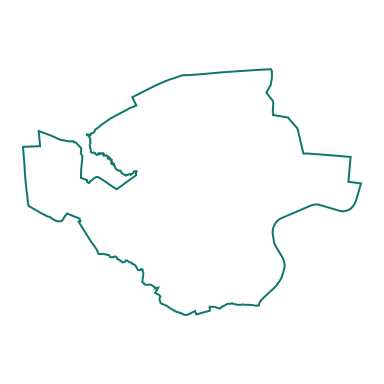 Gradina, Constanta, Romania (Mercator projection)
{"feature_id": "2599482B78123686212908", "entity_name": "Gradina", "entity_type": "district", "adm_level": 2, "iso_a3": "ROU", "parent_name": "Romania", "parent_adm1": "Constanta", "projection": "mercator", "projection_center": [28.433, 44.528], "detail": "fine", "context": "isolated", "style": "outline", "palette": "teal", "viewbox_px": 384, "rotation_deg": 0, "n_neighbors": 0, "source": "geoboundaries", "source_scale": "gbopen_adm2", "svg_char_len": 5908}
<svg xmlns="http://www.w3.org/2000/svg" viewBox="0 0 384 384"><path d="M165.9,81.0L165.2,81.2L155.3,85.6L132.3,97.2L132.3,97.3L136.3,105.4L131.7,107.5L130.2,107.7L128.0,109.2L119.7,113.5L119.4,113.7L110.6,118.4L100.3,125.6L98.2,127.6L96.4,128.8L95.3,129.5L94.5,131.4L94.1,132.2L90.4,134.0L90.6,135.0L90.2,135.5L89.3,135.3L88.8,134.8L87.7,134.5L87.4,134.6L87.0,134.4L86.8,134.7L87.3,135.2L88.5,135.7L88.7,136.2L89.3,136.8L89.5,137.5L90.4,139.1L90.4,139.7L90.1,140.7L90.0,141.5L90.6,142.5L90.6,143.1L89.8,144.3L89.8,146.1L90.2,148.1L90.5,148.5L90.5,149.0L90.9,149.9L90.9,150.8L90.7,151.6L90.9,152.0L91.3,152.4L92.3,152.8L94.2,152.5L95.2,153.2L95.2,153.3L95.2,153.9L95.3,154.0L96.1,154.3L96.7,154.8L96.9,154.9L97.2,154.8L97.7,154.4L97.8,154.3L98.1,154.6L98.4,154.5L98.5,154.2L98.1,153.8L98.1,153.6L98.4,153.3L98.8,153.2L99.2,153.3L99.4,153.5L99.6,154.1L100.0,153.9L100.5,153.1L100.9,153.1L101.2,153.5L101.8,153.8L102.1,153.9L103.1,153.1L103.5,153.3L103.9,154.1L103.9,154.7L103.8,155.0L103.5,155.3L103.5,155.6L103.9,155.8L104.4,155.8L104.5,155.7L104.5,155.4L104.8,155.6L105.5,155.6L106.7,155.3L107.4,156.3L108.3,156.6L108.6,156.7L108.9,157.1L108.9,157.4L108.6,157.8L107.7,157.8L107.7,158.0L108.0,158.6L108.5,158.7L108.9,158.5L109.2,158.4L109.3,158.1L109.7,157.9L109.9,158.0L110.0,158.3L110.0,158.9L109.6,159.4L109.8,159.6L110.8,159.9L111.3,159.6L111.6,159.6L111.7,160.2L111.4,160.7L111.3,161.1L111.3,161.3L112.5,162.4L112.7,162.7L112.5,162.9L112.1,163.1L111.3,163.0L111.2,163.1L111.3,163.4L111.9,164.2L112.4,164.2L113.6,163.8L113.8,163.8L114.1,164.0L114.2,164.3L114.1,164.7L113.8,165.2L113.9,165.5L114.6,166.1L115.0,166.5L115.1,167.4L115.7,168.7L116.1,168.9L116.9,169.6L118.5,170.6L119.2,170.8L119.6,170.6L120.0,170.6L120.2,171.0L120.8,171.1L121.0,171.3L120.9,171.8L121.0,172.1L122.6,173.9L123.4,174.0L124.1,174.6L125.1,174.9L125.3,175.2L125.3,175.4L125.4,175.5L125.6,175.6L125.9,175.5L126.2,175.0L126.7,175.1L127.1,174.8L127.7,174.9L128.3,174.4L128.8,174.5L129.2,174.4L129.8,174.0L130.1,174.0L130.7,174.8L131.2,174.2L131.4,174.0L131.8,174.0L133.7,172.6L133.7,172.3L133.6,172.1L133.7,171.7L134.3,171.3L134.6,171.3L135.4,171.6L135.6,171.3L136.2,170.9L136.4,171.0L136.5,171.2L136.6,171.7L136.6,171.9L136.4,172.1L136.0,173.2L136.0,175.3L116.6,189.3L110.8,185.4L108.9,184.3L107.0,182.7L103.5,180.4L98.6,177.3L97.8,176.9L95.9,177.2L94.5,178.0L90.6,181.1L89.8,181.4L89.9,182.0L89.0,183.0L88.7,183.0L87.2,181.9L86.9,180.8L87.0,180.1L81.0,177.9L81.0,177.4L81.2,168.9L82.4,157.7L82.4,156.7L82.2,155.7L80.9,153.6L80.8,153.3L81.3,148.8L81.1,148.1L80.7,147.6L75.7,142.4L75.3,142.2L73.9,142.3L73.4,141.2L69.6,141.4L60.4,139.8L51.8,135.9L38.7,131.0L40.1,146.2L23.0,146.8L24.3,163.0L25.1,175.6L25.8,183.6L26.6,191.5L27.0,193.0L27.9,202.3L28.7,206.0L40.2,212.6L47.6,216.5L48.8,216.6L50.5,217.4L51.5,218.3L54.1,219.8L56.4,221.0L57.5,221.3L61.4,221.2L63.6,218.7L64.1,217.3L67.0,213.5L71.5,215.3L76.4,217.4L77.0,217.5L79.0,218.4L79.5,218.5L80.4,221.3L78.6,221.6L81.5,226.4L91.3,242.0L93.8,245.3L96.7,249.5L98.6,253.9L100.2,254.1L102.7,253.8L103.9,253.9L105.1,254.4L106.3,254.4L107.2,255.0L108.9,254.9L110.4,257.3L112.2,257.1L113.1,257.4L113.9,256.7L114.7,256.4L115.4,256.6L116.3,257.1L116.9,257.6L117.1,258.9L118.2,259.4L119.2,259.6L119.8,260.1L120.0,260.5L120.6,261.1L121.5,261.3L122.3,261.9L122.3,262.2L122.9,262.1L123.9,262.2L124.6,262.1L125.2,261.6L125.7,260.7L125.9,260.4L126.4,260.4L127.0,260.4L129.2,262.2L129.7,262.4L131.3,262.6L131.7,262.9L131.9,263.1L132.0,263.6L132.5,264.0L132.8,263.9L133.1,264.0L134.4,264.6L136.0,266.1L136.1,267.0L136.6,267.3L137.7,269.6L138.7,270.0L139.9,270.1L140.6,270.0L140.9,269.2L141.4,269.1L141.7,269.1L142.4,269.3L142.8,271.5L143.2,272.5L143.3,274.5L143.0,276.9L142.2,282.1L143.5,282.9L144.1,283.6L144.1,284.0L144.4,284.3L144.9,284.5L147.0,284.8L148.5,284.6L150.7,284.7L151.9,285.3L152.9,285.9L153.8,286.6L154.4,287.0L155.0,287.5L155.2,287.8L155.2,288.1L155.1,288.3L158.2,287.6L157.5,289.1L156.2,290.9L155.2,292.9L156.2,293.5L159.3,295.0L160.4,296.5L159.7,297.9L159.5,298.7L159.6,299.5L159.7,300.2L160.7,303.2L162.2,304.0L163.0,304.2L166.8,305.9L171.0,308.8L172.0,309.4L173.7,310.2L176.0,311.7L176.7,311.9L178.2,312.1L180.3,313.2L181.3,313.2L182.4,313.7L182.4,313.8L183.7,314.5L185.1,314.9L187.1,314.8L187.6,314.7L191.2,313.0L192.5,312.3L195.0,311.0L196.4,314.4L209.8,310.7L209.7,306.8L210.6,306.9L212.1,306.8L214.0,306.9L216.0,307.3L217.4,307.9L219.0,308.4L219.8,308.5L220.7,308.0L221.7,306.8L222.3,306.7L223.3,306.0L224.3,305.7L226.7,304.2L228.4,303.7L229.5,303.9L230.5,303.8L232.2,303.3L232.6,303.3L233.0,303.7L233.6,304.0L234.2,304.1L235.3,304.2L237.6,304.9L240.4,304.8L242.8,304.5L244.5,304.8L248.2,304.8L251.6,305.1L252.1,305.0L255.8,305.7L256.5,305.5L257.9,305.7L258.3,305.3L258.9,305.4L259.2,303.9L259.7,302.4L260.8,300.6L261.7,299.5L267.0,294.6L268.6,292.9L270.3,291.5L273.1,288.9L275.3,286.7L276.4,285.5L279.2,281.6L280.9,278.8L281.8,277.0L283.9,270.1L284.3,268.5L284.5,267.3L284.6,264.6L284.4,263.3L283.6,260.3L283.1,259.0L282.5,257.5L276.0,246.7L274.7,244.1L274.3,242.9L274.0,241.6L273.1,236.2L272.7,233.5L272.6,232.2L272.9,229.4L273.2,228.1L273.6,226.8L274.0,225.8L275.0,223.9L276.1,222.3L277.1,221.1L278.7,219.8L280.1,218.8L283.7,217.2L298.7,210.8L311.6,205.2L313.6,204.7L315.2,204.5L318.2,204.5L339.5,210.8L342.4,211.3L343.5,211.3L345.3,211.0L347.4,210.4L349.2,209.6L350.8,208.5L352.2,207.1L353.6,205.4L354.6,203.6L355.6,201.6L356.4,199.3L361.0,183.4L348.4,181.8L350.6,156.9L322.3,154.6L308.6,153.6L304.6,153.5L303.7,153.7L303.3,153.2L297.9,130.1L297.4,128.5L297.0,128.0L288.2,117.8L288.2,117.5L274.1,115.2L273.1,115.1L273.3,114.0L273.3,113.7L272.8,112.6L273.2,104.8L273.3,102.9L273.0,101.2L267.2,93.7L266.4,92.5L270.6,85.3L271.8,78.7L271.9,77.6L271.9,71.4L271.8,70.8L271.6,70.2L270.7,69.1L270.2,69.3L262.2,69.6L222.2,72.3L201.3,74.2L187.8,75.2L186.5,75.1L183.4,75.2L181.5,75.6L170.0,79.5L169.3,79.5L166.0,81.1L165.9,81.0Z" fill="none" stroke="#0f766e" stroke-width="2"/></svg>